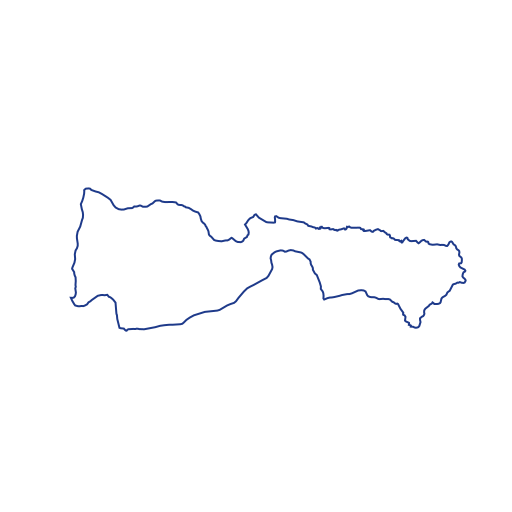 El Guacamayo, Santander, Colombia (Albers equal-area conic projection), rotated 154°
{"feature_id": "7082276B46151472221862", "entity_name": "El Guacamayo", "entity_type": "district", "adm_level": 2, "iso_a3": "COL", "parent_name": "Colombia", "parent_adm1": "Santander", "projection": "albers", "projection_center": [-73.559, 6.254], "detail": "fine", "context": "isolated", "style": "outline", "palette": "blue", "viewbox_px": 512, "rotation_deg": 154, "n_neighbors": 0, "source": "geoboundaries", "source_scale": "gbopen_adm2", "svg_char_len": 6103}
<svg xmlns="http://www.w3.org/2000/svg" viewBox="0 0 512 512"><g transform="rotate(154 256 256)"><path d="M381.6,390.5L382.0,389.4L383.2,387.3L385.7,384.1L388.1,381.6L390.7,379.4L392.0,374.5L392.5,371.3L393.4,368.8L394.9,366.2L396.6,364.6L401.1,359.5L405.7,356.0L408.2,352.6L409.2,350.4L410.8,345.3L411.8,343.3L413.6,341.4L415.7,340.1L418.1,337.0L419.9,332.5L422.1,329.6L426.1,326.1L426.9,325.1L426.5,321.2L427.1,319.8L427.5,317.8L427.5,316.0L429.0,312.5L431.0,309.0L431.5,307.3L432.6,306.2L433.9,302.1L435.0,300.5L436.4,299.1L438.0,298.5L439.3,298.8L440.7,299.6L440.8,296.2L440.5,292.4L440.2,290.8L438.0,288.9L436.7,288.2L434.8,287.6L433.0,286.6L431.2,286.5L429.0,286.6L426.8,287.8L424.7,287.9L423.1,288.4L415.7,289.6L412.6,288.9L411.1,288.3L409.3,287.1L406.7,286.3L406.1,283.8L405.3,283.1L404.5,281.8L403.5,279.4L402.7,275.7L406.3,266.5L406.8,265.1L406.9,263.9L408.3,260.2L410.2,251.3L409.3,250.4L406.6,248.7L406.2,247.1L405.5,245.8L405.0,245.6L403.9,246.1L402.8,246.1L398.6,244.4L396.3,243.2L395.1,243.0L393.8,242.2L393.0,241.5L388.7,239.2L377.8,236.2L372.8,235.3L368.8,234.0L364.5,232.4L360.9,230.7L353.8,227.8L351.9,227.4L350.0,227.9L346.5,229.1L342.4,229.7L337.8,229.9L326.5,228.2L314.7,223.9L312.3,223.5L303.6,224.2L300.0,224.0L296.3,223.5L293.8,224.1L290.0,226.1L282.4,229.4L278.1,230.8L274.5,231.0L270.9,231.0L261.1,231.5L256.1,231.6L253.5,232.7L247.2,237.2L246.0,238.8L245.3,241.3L245.1,243.1L244.3,245.5L243.9,247.5L242.7,249.2L241.3,250.4L237.7,251.2L235.7,251.2L231.5,250.3L229.8,249.3L229.0,248.5L228.2,247.2L226.7,246.7L224.3,246.6L222.2,246.1L220.0,244.6L218.8,243.1L214.1,239.5L213.1,238.3L212.3,236.6L210.3,230.9L209.4,229.5L209.4,226.9L210.1,225.4L210.3,223.7L210.1,221.8L210.2,220.2L210.9,218.7L210.7,214.5L209.7,212.2L210.3,204.3L211.0,200.2L212.2,198.0L211.6,194.9L211.8,193.1L212.7,190.6L214.0,188.3L213.8,187.0L210.2,186.8L207.9,186.3L206.0,185.5L203.7,184.8L198.5,183.6L195.8,183.2L190.8,181.8L188.6,180.8L186.2,180.4L179.3,180.2L176.3,179.1L174.3,177.8L173.1,176.1L173.2,172.0L172.8,170.6L171.5,169.2L170.2,168.3L167.6,167.0L166.2,165.6L164.9,163.8L163.9,163.1L160.5,161.8L158.7,160.6L155.8,159.2L154.7,158.2L153.5,154.9L152.6,154.2L152.0,152.7L151.0,151.5L149.9,151.3L149.4,150.5L149.3,145.2L148.5,140.7L148.5,140.3L149.3,139.4L149.4,138.5L148.5,137.6L148.3,135.8L150.4,132.6L149.9,131.4L147.8,128.9L148.0,128.1L148.8,127.1L147.7,126.2L147.3,125.6L147.9,124.7L145.8,123.5L144.9,122.3L143.9,121.5L142.8,121.1L141.3,120.9L139.9,121.5L137.1,124.5L136.6,126.6L135.9,128.1L133.6,128.7L132.1,128.7L131.1,129.2L130.0,130.2L129.5,131.9L128.6,133.4L127.0,134.4L122.4,135.4L121.3,136.1L118.7,136.2L117.7,136.9L117.1,135.9L116.8,134.7L114.1,133.4L112.8,133.0L111.3,133.0L110.4,133.5L107.9,136.5L106.5,137.1L103.4,137.3L101.9,137.7L100.0,139.3L98.3,139.7L97.2,139.8L91.6,144.0L90.4,144.0L88.7,143.6L86.7,143.8L85.7,143.2L84.2,143.2L83.0,141.9L81.3,140.8L80.1,140.7L78.4,141.9L78.2,142.9L78.5,144.2L79.2,145.7L79.4,147.1L78.7,148.3L77.6,149.6L76.5,150.4L75.1,150.4L74.3,150.9L74.4,152.3L77.3,156.1L77.7,157.7L77.6,159.3L76.7,160.2L74.8,159.6L73.9,160.2L72.8,162.0L72.2,163.3L72.1,164.6L73.2,167.0L73.0,168.1L71.6,170.1L71.2,171.4L71.5,172.5L72.3,173.7L72.6,175.1L72.3,176.1L72.2,177.7L72.5,178.6L73.3,179.8L73.6,182.7L74.0,183.4L74.9,183.7L76.2,183.5L78.0,182.0L79.7,181.2L80.7,181.7L82.2,183.5L84.2,184.6L85.4,185.0L88.1,187.1L91.2,188.2L92.7,188.9L94.9,190.6L95.4,191.5L95.1,193.1L95.4,193.7L96.1,193.9L96.9,194.5L97.8,196.7L98.9,197.1L100.5,197.2L103.4,196.3L104.3,196.2L104.9,197.4L105.5,199.5L110.0,201.3L111.2,202.2L112.3,204.6L112.0,205.5L112.0,206.0L112.7,206.6L114.1,206.5L117.7,204.7L118.5,204.1L119.1,204.2L119.3,204.6L119.0,205.1L118.8,206.0L120.3,206.1L120.7,206.7L120.6,207.6L123.9,209.5L124.6,211.4L125.5,212.2L126.0,212.2L126.4,213.0L127.1,213.7L127.2,214.4L126.7,215.5L126.7,216.6L128.4,217.6L128.9,218.4L128.8,219.2L129.9,221.0L130.5,222.7L132.4,223.4L132.9,223.8L133.1,224.5L134.6,226.7L136.5,227.0L138.1,227.0L139.1,227.0L140.0,226.5L140.6,226.6L141.4,227.3L142.2,229.2L146.3,230.4L147.6,230.9L148.2,231.3L148.3,231.8L147.7,231.9L147.5,232.5L148.1,233.1L149.8,234.1L149.9,235.5L150.4,236.0L157.9,239.6L158.8,240.5L159.4,241.7L160.6,241.7L161.4,242.4L162.3,241.5L162.5,241.0L163.6,240.6L164.3,240.7L164.6,242.1L164.9,242.3L168.0,242.7L169.7,243.2L170.8,243.3L171.5,243.0L172.0,243.2L172.1,243.9L172.6,244.4L173.2,244.4L174.3,245.2L174.4,245.8L174.9,246.4L177.1,247.1L178.2,247.8L178.2,248.4L177.9,249.0L178.5,249.5L181.3,250.5L182.7,251.2L183.6,252.0L183.9,252.5L184.0,253.4L184.7,253.7L185.3,252.9L185.8,252.6L186.4,253.5L186.8,253.1L187.0,252.6L187.7,252.8L188.7,254.3L190.1,254.4L190.2,255.2L191.0,256.1L192.2,257.0L193.2,258.2L195.8,260.2L196.0,261.8L197.6,263.8L198.3,265.3L203.7,269.0L206.7,271.9L210.2,274.3L211.9,275.9L217.6,279.4L218.9,280.5L220.3,282.9L221.5,283.2L222.2,282.4L222.8,280.6L223.7,278.6L224.2,277.9L225.5,278.2L230.7,281.1L231.9,282.0L236.6,289.2L237.8,293.5L239.3,293.6L241.4,292.3L244.5,292.5L246.2,292.0L247.6,291.4L250.2,289.8L252.1,289.1L251.6,283.8L251.8,281.7L252.3,280.2L253.4,278.6L254.6,278.3L255.8,277.1L259.0,276.8L260.8,275.3L262.3,275.0L263.6,275.1L266.4,276.7L267.7,278.3L269.5,282.4L270.1,283.1L273.1,282.5L274.7,282.5L276.7,283.4L280.5,284.3L283.3,286.0L285.4,287.5L286.6,288.7L287.8,293.0L288.6,294.4L288.9,295.9L287.9,299.1L287.8,301.0L287.9,302.3L287.8,303.6L288.1,304.8L288.0,306.4L288.4,307.9L289.1,309.2L289.6,311.2L289.2,313.9L288.6,316.0L288.6,318.4L288.9,320.5L291.2,322.6L292.7,324.4L293.9,326.6L295.4,328.8L297.8,330.6L298.1,331.5L299.0,332.3L299.6,333.5L300.5,334.4L302.5,335.5L303.4,336.2L304.0,337.4L304.3,339.0L305.0,339.6L307.3,341.1L314.2,344.4L316.5,346.0L318.0,348.0L319.3,348.7L321.6,349.6L322.8,349.6L326.0,348.6L327.8,348.7L331.9,348.1L333.3,348.5L336.0,349.8L337.6,351.9L338.5,352.4L340.7,352.6L342.1,353.0L343.7,353.9L345.0,353.5L346.4,353.4L350.3,355.1L354.4,355.7L356.6,356.7L358.9,358.3L360.9,361.1L361.7,364.0L362.1,370.2L363.6,373.3L367.3,379.3L369.4,382.2L371.9,384.3L375.1,387.6L375.5,389.1L376.6,390.0L379.3,391.1L380.5,390.9L381.6,390.5Z" fill="none" stroke="#1e3a8a" stroke-width="2"/></g></svg>